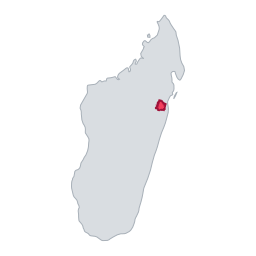 Vavatenina, Analanjirofo, Madagascar (highlighted)
{"feature_id": "10022922B54073545298219", "entity_name": "Vavatenina", "entity_type": "district", "adm_level": 2, "iso_a3": "MDG", "parent_name": "Madagascar", "parent_adm1": "Analanjirofo", "projection": "albers", "projection_center": [49.007, -17.472], "detail": "fine", "context": "in_parent", "style": "filled", "palette": "rose", "viewbox_px": 256, "rotation_deg": 0, "n_neighbors": 0, "source": "geoboundaries", "source_scale": "gbopen_adm2", "svg_char_len": 5827}
<svg xmlns="http://www.w3.org/2000/svg" viewBox="0 0 256 256"><path d="M169.4,21.2L170.1,23.0L171.0,24.6L173.7,28.7L174.9,30.3L175.9,31.9L176.3,35.2L178.0,40.3L179.6,48.1L180.1,56.0L180.6,59.6L181.8,63.0L183.8,66.6L184.5,70.5L183.2,74.6L181.3,78.4L180.9,79.1L180.0,80.1L179.6,80.1L178.2,79.1L177.0,77.4L175.5,73.6L175.0,71.7L174.3,71.4L172.6,71.5L171.3,72.7L171.0,73.5L171.3,75.6L171.8,77.6L172.0,79.5L172.0,82.0L172.5,82.8L173.2,83.4L173.9,85.0L174.0,88.9L173.6,90.8L172.3,92.5L172.4,93.4L172.8,94.3L172.4,94.9L170.8,95.6L170.1,96.3L169.2,98.0L167.7,101.4L167.6,103.2L168.4,108.6L168.2,112.4L166.3,119.7L165.3,123.2L163.8,127.3L161.5,132.8L159.3,139.7L157.4,146.7L156.0,150.9L154.4,155.1L152.3,162.5L150.5,170.0L147.8,178.2L144.1,187.4L143.7,188.6L142.9,193.3L142.1,197.4L141.1,201.4L139.1,208.1L138.9,210.1L138.4,212.1L136.5,216.2L135.6,217.8L135.0,219.4L134.7,221.5L134.1,223.5L132.7,227.2L130.6,230.4L129.1,231.6L125.9,233.3L124.3,233.7L120.7,233.8L117.3,234.8L113.7,236.7L110.2,238.8L108.9,239.8L107.4,240.4L102.8,240.6L101.4,240.2L96.8,236.9L95.0,236.3L91.6,235.9L90.5,235.7L89.6,235.2L88.2,233.5L85.4,232.0L84.8,231.5L84.3,230.5L84.0,229.4L83.3,228.1L82.7,225.7L81.8,224.1L79.2,221.1L78.9,220.2L78.6,217.0L78.6,214.9L78.2,210.9L78.5,209.1L79.3,207.4L78.9,205.6L77.9,203.7L77.5,201.8L76.8,200.0L74.0,196.8L73.3,195.3L72.9,193.6L71.7,188.5L71.5,186.8L71.6,183.0L71.9,181.0L72.5,179.7L72.6,178.6L73.0,177.8L73.6,177.0L74.0,176.2L74.9,171.3L76.1,170.2L78.0,169.6L79.5,168.3L80.3,166.5L81.0,163.0L83.3,159.4L84.1,157.6L86.0,154.8L87.6,150.8L88.0,149.0L88.4,147.1L88.7,142.9L89.0,140.8L88.9,138.8L87.8,136.7L85.4,133.0L85.3,132.3L85.4,129.5L85.2,127.4L84.3,125.4L83.1,123.5L81.9,119.9L81.3,114.0L81.3,111.9L80.9,110.0L80.1,108.2L80.6,105.0L87.3,93.3L87.5,92.0L87.2,88.5L87.3,86.4L87.5,85.6L88.0,85.2L89.2,85.0L95.0,84.3L95.7,84.0L97.1,83.0L99.0,81.0L99.9,80.5L100.7,80.7L101.2,81.5L101.9,81.9L104.2,81.0L105.0,80.9L106.0,81.1L106.4,80.3L106.6,79.2L106.9,78.5L107.5,78.1L110.5,77.8L112.4,77.4L114.9,76.7L115.4,76.8L117.4,79.4L118.0,79.6L118.8,79.7L119.5,79.2L117.8,77.9L117.6,77.1L117.7,76.2L118.5,74.3L119.9,72.9L123.1,70.6L126.4,68.0L127.4,67.8L128.2,68.2L128.9,71.2L128.8,71.7L129.3,71.8L130.0,71.4L130.5,70.2L130.5,69.2L130.1,68.2L129.8,67.4L129.8,66.7L131.5,64.9L132.8,63.2L133.4,61.2L133.9,60.2L135.3,59.2L135.8,59.3L136.1,60.2L136.3,61.1L135.9,62.0L135.4,62.9L135.2,64.0L136.0,64.3L136.8,64.0L137.8,61.8L139.1,59.8L139.8,58.8L140.7,58.0L142.3,58.2L143.8,58.6L141.3,56.5L140.7,53.6L143.6,48.5L143.6,47.5L144.1,47.1L144.3,46.7L142.7,45.0L142.4,44.2L142.6,42.9L143.4,41.8L144.0,41.0L145.0,40.6L145.7,41.1L147.4,42.5L148.5,42.7L149.8,41.3L150.9,39.7L152.5,38.5L154.4,37.8L157.3,35.1L159.1,29.6L159.3,28.0L158.9,26.0L158.2,24.2L157.1,21.9L157.4,21.4L158.9,21.7L159.5,21.3L161.2,19.3L164.0,15.4L164.9,15.4L165.7,16.1L166.0,17.2L166.5,18.0L168.4,19.8L169.4,21.2ZM149.9,36.8L149.9,37.4L147.7,37.1L147.4,35.0L148.4,35.0L148.7,34.1L149.3,34.0L150.0,35.8L149.9,36.8ZM175.5,95.8L173.7,98.9L174.3,96.3L176.4,92.6L176.9,92.4L175.5,95.8Z" fill="#d9dde1" stroke="#a8b0b8" stroke-width="1"/><path d="M165.2,106.6L165.2,106.3L165.2,106.0L165.2,105.9L165.3,105.6L165.4,105.3L165.5,105.2L165.6,104.9L165.3,104.8L165.3,104.7L165.5,104.5L165.6,104.4L165.5,104.2L165.8,104.1L165.8,103.9L165.7,103.9L165.5,103.7L165.4,103.7L165.2,103.9L165.1,103.6L164.9,103.5L164.7,103.8L164.6,104.0L164.4,104.3L164.4,104.2L164.2,104.2L163.9,103.9L163.6,103.9L163.4,103.8L163.6,103.5L163.6,103.4L163.4,103.3L163.4,103.2L163.4,102.9L163.4,102.7L163.5,102.8L163.6,102.7L163.4,102.5L163.2,102.5L162.8,102.6L162.6,102.6L162.6,102.3L162.6,102.0L162.3,101.7L162.2,101.6L162.2,101.3L161.8,101.4L161.7,101.5L161.6,101.4L161.6,101.2L161.6,100.9L161.4,100.8L161.2,100.8L160.9,100.9L160.7,101.0L160.6,100.9L160.4,101.0L160.2,101.1L160.2,100.9L160.3,100.6L160.4,100.4L160.2,100.4L160.0,100.6L159.9,100.6L159.7,100.7L159.6,100.8L159.4,100.7L159.4,100.4L159.5,100.3L159.4,100.3L159.3,100.2L159.2,100.3L159.1,100.2L159.0,100.4L159.0,100.6L159.0,101.2L159.2,101.7L159.2,101.9L159.1,102.0L158.9,102.3L158.7,102.6L158.6,102.3L158.8,102.1L158.5,101.9L158.3,101.8L158.2,101.9L157.8,102.3L157.7,102.4L157.8,102.5L157.7,102.6L157.7,102.8L157.8,103.1L158.0,103.3L157.9,103.6L158.0,103.7L158.0,103.8L157.9,104.2L157.9,104.3L158.0,104.3L157.9,104.4L157.8,104.5L157.7,104.6L157.4,104.4L157.4,104.5L157.4,104.9L157.5,105.1L157.9,105.2L157.9,105.3L157.7,105.4L157.4,105.4L157.5,105.5L157.4,105.5L157.5,105.6L157.4,105.6L157.2,105.6L157.3,105.7L157.3,105.9L157.4,106.0L157.5,106.1L157.5,106.5L157.4,106.6L157.2,106.6L156.9,106.5L156.7,106.6L156.5,106.8L156.4,106.9L156.4,107.1L156.4,107.4L156.4,107.5L156.2,107.6L155.9,107.6L155.7,107.7L155.6,107.9L155.6,108.0L155.7,108.3L155.8,108.3L155.9,108.5L156.0,108.5L156.0,108.4L156.1,108.5L156.3,108.6L156.5,108.5L156.9,108.4L157.0,108.3L157.3,108.3L157.5,108.4L157.8,108.3L157.8,108.5L157.7,108.8L157.8,108.9L157.7,109.0L157.9,109.1L158.0,109.0L158.1,109.3L158.0,109.5L157.9,109.7L157.9,109.8L157.8,110.0L158.0,110.2L158.2,110.3L158.3,110.2L158.5,110.2L158.6,109.9L158.7,110.0L158.8,110.0L159.0,110.2L159.0,110.3L159.3,110.4L159.4,110.2L159.5,110.2L159.8,110.1L160.0,110.0L160.1,109.9L160.3,109.8L160.5,109.7L160.6,109.8L160.8,109.9L161.1,109.8L161.2,109.6L161.3,109.6L161.5,109.5L161.9,109.8L161.9,110.0L161.9,109.9L162.0,109.8L162.3,109.7L162.3,109.8L162.5,109.8L162.5,110.0L162.4,110.1L162.5,110.1L162.8,110.1L163.0,110.1L163.1,109.9L163.2,110.0L163.3,110.0L163.3,109.9L163.4,109.7L163.5,109.8L163.5,109.7L163.8,109.6L163.9,109.4L163.8,109.1L163.8,108.9L164.0,108.9L164.2,109.0L164.2,108.9L164.3,108.9L164.4,109.0L164.5,109.2L164.6,108.9L164.9,108.9L164.8,108.6L164.7,108.4L164.8,108.0L164.9,107.9L164.9,107.7L164.7,107.3L164.7,107.1L164.8,107.0L164.9,106.9L165.0,106.9L165.2,106.6Z" fill="#f43f5e" stroke="#9f1239" stroke-width="1.5"/></svg>